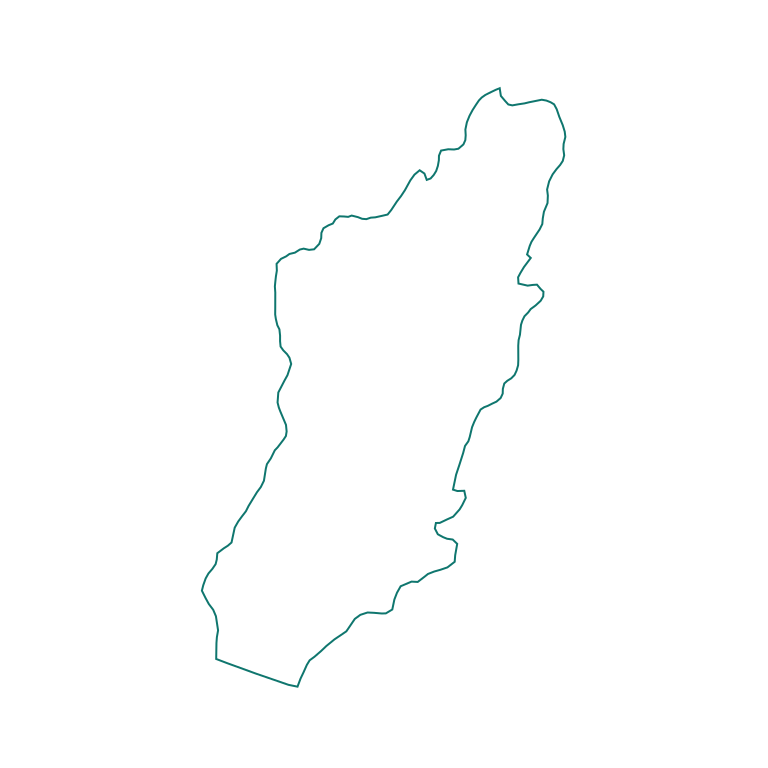 Concórdia do Pará, Pará, Brazil (Natural Earth projection), rotated 14°
{"feature_id": "56859067B40918846221994", "entity_name": "Concórdia do Pará", "entity_type": "district", "adm_level": 2, "iso_a3": "BRA", "parent_name": "Brazil", "parent_adm1": "Pará", "projection": "natural_earth1", "projection_center": [-47.969, -1.877], "detail": "fine", "context": "isolated", "style": "outline", "palette": "teal", "viewbox_px": 768, "rotation_deg": 14, "n_neighbors": 0, "source": "geoboundaries", "source_scale": "gbopen_adm2", "svg_char_len": 3177}
<svg xmlns="http://www.w3.org/2000/svg" viewBox="0 0 768 768"><g transform="rotate(14 384 384)"><path d="M287.7,691.4L299.3,692.8L329.9,696.0L364.1,699.0L373.3,698.6L374.3,690.0L375.7,683.1L377.1,675.2L378.7,670.1L382.5,665.5L385.1,661.8L387.5,658.4L391.5,652.1L397.7,643.8L407.3,633.1L410.3,625.0L412.5,619.0L416.9,613.7L423.3,609.7L429.9,608.4L437.4,607.2L441.3,606.1L446.6,600.8L446.2,590.6L447.1,583.4L449.1,576.2L458.5,569.1L464.6,567.9L470.1,561.0L472.6,557.7L478.1,553.8L483.7,550.6L489.9,546.6L495.6,539.4L494.5,532.9L493.7,521.4L488.3,518.3L482.6,518.9L478.4,518.3L472.6,516.8L468.3,511.9L468.0,506.3L471.7,505.3L478.0,500.1L483.2,496.0L487.7,487.4L489.2,482.6L490.9,474.7L487.7,468.2L481.1,470.1L476.5,469.8L475.9,454.6L476.7,444.2L477.5,431.9L477.6,424.5L479.7,419.2L480.0,414.8L479.9,404.6L480.7,399.0L481.7,394.2L483.9,385.4L486.8,382.3L490.0,380.1L493.8,376.8L497.4,373.9L500.6,369.3L501.5,364.6L500.5,360.0L500.6,354.4L502.9,351.0L506.1,347.7L508.5,343.6L509.4,338.9L509.6,333.4L508.5,328.1L505.0,314.4L504.0,308.9L504.0,303.3L502.6,293.4L502.9,289.0L503.9,284.3L506.6,279.7L508.2,275.8L512.1,271.1L515.9,265.3L517.3,260.5L516.4,255.9L512.8,253.8L508.4,250.6L504.3,251.9L499.6,253.8L490.2,254.0L488.3,248.0L489.5,243.2L491.5,236.7L495.9,226.2L491.5,223.7L492.0,214.7L492.7,210.3L494.1,206.1L497.6,196.4L498.9,190.5L498.0,184.9L497.5,178.2L498.9,168.9L497.4,161.5L495.2,155.8L495.2,147.4L496.9,139.8L499.4,133.8L501.9,128.9L503.5,124.3L503.5,118.5L501.2,112.7L500.2,107.6L500.2,100.4L498.3,95.4L494.8,89.6L489.5,82.4L485.1,75.6L481.4,71.5L477.5,70.3L473.0,69.7L468.3,70.0L460.3,73.8L456.7,75.5L452.5,77.7L446.7,80.1L441.1,82.6L437.0,82.7L433.1,80.1L427.7,76.2L424.7,69.0L421.3,71.5L417.3,74.8L412.5,78.9L409.5,82.4L407.5,85.9L405.7,90.8L403.7,96.7L402.1,103.0L401.1,110.0L401.4,117.4L403.1,122.9L403.9,127.7L403.1,132.3L399.3,137.7L395.3,139.5L389.5,140.7L382.9,143.7L382.1,149.2L383.1,153.6L383.5,159.4L383.1,164.7L381.7,169.1L379.5,173.3L376.1,175.6L372.3,170.0L366.9,168.0L362.9,173.5L360.3,180.0L357.4,190.9L355.1,197.4L352.3,203.9L348.9,213.5L346.5,218.7L342.2,220.9L335.2,224.4L330.9,225.8L327.0,228.3L322.8,229.0L318.3,228.4L311.9,228.4L308.8,230.5L304.9,231.1L300.1,232.1L297.0,236.1L295.5,240.7L291.8,243.4L287.6,247.5L286.7,252.5L287.8,257.7L287.3,263.7L283.6,270.2L278.8,272.0L273.3,272.1L269.8,273.9L265.8,278.1L260.8,280.7L258.2,283.8L253.8,287.5L250.7,293.4L252.6,299.9L253.1,305.8L253.8,311.0L254.5,315.7L256.4,321.6L257.7,326.9L259.8,335.4L261.6,342.9L263.3,347.0L266.3,352.8L269.3,356.3L271.5,362.3L272.8,367.6L274.6,372.7L278.1,375.7L282.7,378.5L285.9,381.4L289.1,387.0L288.2,398.8L286.6,404.8L283.5,417.8L285.2,427.7L287.6,432.2L290.1,435.8L298.8,447.4L301.0,453.6L301.4,458.2L300.0,462.2L296.1,471.2L294.1,474.7L292.2,483.5L289.8,490.1L289.8,494.5L290.9,506.9L289.4,513.8L286.9,519.8L285.0,525.8L282.1,535.1L280.8,540.9L278.3,546.6L275.8,552.7L273.9,559.5L274.4,574.7L271.6,578.7L268.3,582.2L263.2,588.5L264.2,594.8L264.2,599.5L262.2,604.9L259.5,610.3L258.0,615.8L257.3,623.1L257.3,628.6L262.6,634.8L267.2,639.8L272.9,644.4L277.1,650.0L282.6,663.2L283.1,670.1L284.1,675.9L287.7,691.4Z" fill="none" stroke="#0f766e" stroke-width="2"/></g></svg>